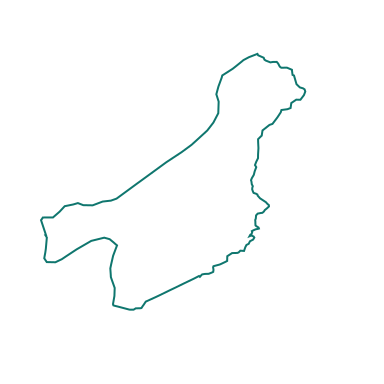 Panta, Bong, Liberia, rotated 49°
{"feature_id": "62588387B50517390877930", "entity_name": "Panta", "entity_type": "district", "adm_level": 2, "iso_a3": "LBR", "parent_name": "Liberia", "parent_adm1": "Bong", "projection": "natural_earth1", "projection_center": [-9.186, 7.22], "detail": "fine", "context": "isolated", "style": "outline", "palette": "teal", "viewbox_px": 384, "rotation_deg": 49, "n_neighbors": 0, "source": "geoboundaries", "source_scale": "gbopen_adm2", "svg_char_len": 2777}
<svg xmlns="http://www.w3.org/2000/svg" viewBox="0 0 384 384"><g transform="rotate(49 192 192)"><path d="M267.1,210.7L263.6,207.5L264.4,201.8L267.7,197.8L268.2,196.5L268.0,194.0L270.6,191.4L268.6,187.9L267.7,185.6L268.3,183.2L267.2,180.6L268.0,177.1L267.3,174.9L266.0,174.7L263.7,175.8L263.1,177.6L262.5,176.0L262.8,174.6L261.7,172.8L260.8,172.5L261.1,171.1L261.9,168.5L263.1,166.4L263.5,165.5L262.5,165.1L260.5,165.7L259.3,166.0L258.9,166.0L257.2,164.7L255.9,163.6L254.8,162.8L254.5,162.5L254.0,161.4L252.3,159.6L251.7,159.0L251.4,156.6L252.9,154.0L253.9,152.5L253.9,150.5L253.4,149.0L253.5,145.9L253.4,143.4L252.3,142.6L250.3,142.9L248.2,142.9L241.4,144.8L237.8,144.8L236.8,144.3L235.5,144.7L233.1,146.1L231.6,145.7L229.4,144.8L228.3,143.6L227.5,142.3L225.4,141.8L223.3,140.4L222.5,140.0L221.8,139.7L220.8,137.7L219.6,134.1L217.5,131.1L215.4,127.2L213.0,126.8L211.3,123.6L209.8,120.0L207.0,117.5L202.5,113.1L197.8,109.4L195.5,107.5L195.2,103.2L195.2,102.4L191.8,98.4L192.2,89.5L193.4,86.6L191.7,78.5L190.1,72.8L188.8,70.7L192.1,65.7L193.3,62.5L190.0,58.7L190.7,52.8L193.5,49.6L192.3,43.9L190.5,40.6L188.4,39.7L186.6,40.2L183.8,42.0L179.2,42.4L171.0,38.6L169.6,39.3L166.3,37.1L165.3,36.4L160.4,38.8L156.8,43.1L155.0,43.5L151.5,42.7L149.4,42.7L147.0,45.5L145.6,47.8L141.2,50.1L139.6,50.5L137.7,49.8L132.2,52.4L130.7,52.0L127.6,60.6L126.2,66.7L126.2,68.3L125.9,76.6L125.7,80.5L123.9,92.7L125.2,94.6L129.6,102.6L129.7,102.8L134.2,109.5L141.3,112.6L149.8,120.5L149.9,120.8L153.6,130.2L153.7,130.6L155.6,140.1L156.0,155.4L156.1,161.5L156.0,162.8L155.1,173.8L152.7,191.8L151.5,205.9L151.4,207.1L149.8,225.8L149.7,226.7L147.5,253.3L145.3,258.9L144.8,259.6L140.6,265.7L136.9,275.7L130.6,282.7L125.5,285.4L123.5,289.8L120.1,295.8L119.2,297.4L120.0,304.8L120.0,311.0L120.0,313.6L113.4,321.3L114.0,323.4L114.2,324.4L128.8,330.5L128.5,331.0L131.1,331.4L139.0,339.6L141.5,342.5L143.4,344.9L145.1,347.0L149.6,347.6L155.4,341.2L156.2,338.3L156.8,336.1L157.3,334.4L157.9,329.5L159.6,316.7L162.8,300.1L168.9,288.2L169.7,287.7L170.7,287.0L173.6,285.1L178.9,284.2L180.7,284.0L183.1,283.6L185.3,287.7L188.4,293.4L193.5,300.4L194.8,302.1L195.1,302.5L196.1,303.8L201.4,307.8L202.9,309.0L203.8,309.4L209.4,311.6L213.7,313.3L219.6,318.8L224.8,325.2L225.3,325.4L226.0,325.7L227.3,324.9L229.7,323.2L239.7,316.4L239.9,316.2L242.4,313.4L242.5,313.2L242.9,310.8L246.1,306.9L246.4,306.2L245.8,304.2L245.5,302.8L244.4,298.8L247.4,288.7L248.5,284.8L251.5,273.6L253.0,268.2L255.7,258.1L258.1,249.4L258.8,246.8L260.0,241.8L261.2,241.7L260.8,238.8L260.9,238.3L262.3,236.0L264.5,233.3L264.7,233.1L265.8,229.9L266.0,229.2L266.2,228.4L265.5,227.6L265.0,227.0L264.9,226.9L262.6,225.4L262.1,224.5L262.3,224.0L264.9,218.7L265.4,217.1L266.7,212.5L267.1,210.7Z" fill="none" stroke="#0f766e" stroke-width="2"/></g></svg>